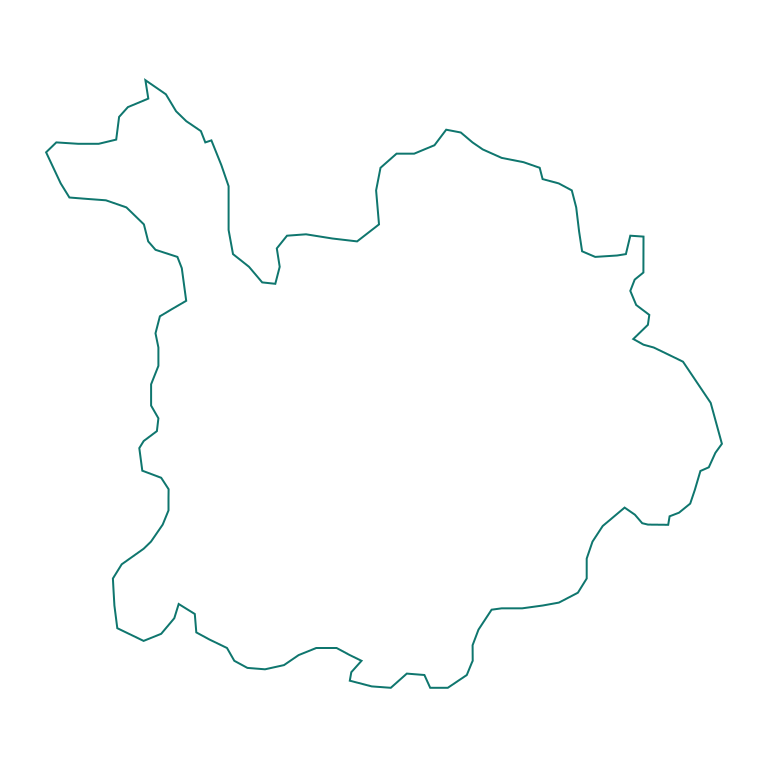 the district of Sangju-si, North Gyeongsang, South Korea
{"feature_id": "91817680B21539665501577", "entity_name": "Sangju-si", "entity_type": "district", "adm_level": 2, "iso_a3": "KOR", "parent_name": "South Korea", "parent_adm1": "North Gyeongsang", "projection": "robinson", "projection_center": [128.043, 36.44], "detail": "fine", "context": "isolated", "style": "outline", "palette": "teal", "viewbox_px": 768, "rotation_deg": 0, "n_neighbors": 0, "source": "geoboundaries", "source_scale": "gbopen_adm2", "svg_char_len": 1976}
<svg xmlns="http://www.w3.org/2000/svg" viewBox="0 0 768 768"><path d="M46.1,152.3L60.7,183.4L69.4,197.5L86.9,198.9L105.9,200.3L126.4,207.4L143.9,224.4L148.2,241.4L155.5,249.8L177.4,256.9L181.8,268.2L186.2,300.8L171.6,309.3L159.9,316.3L155.5,333.3L158.4,347.5L158.4,365.9L151.1,384.3L151.1,405.6L158.4,418.3L156.9,431.1L143.7,441.0L139.3,448.1L142.3,470.7L161.2,477.8L168.6,489.2L168.5,497.7L168.5,510.4L162.7,524.6L151.0,541.6L143.7,548.7L121.7,564.3L112.9,578.5L113.4,588.0L114.4,605.5L117.3,628.2L143.6,640.9L161.2,633.8L174.3,618.2L178.7,604.0L194.8,614.0L196.3,632.4L209.4,639.5L227.0,648.0L234.3,660.8L247.4,667.9L265.0,669.3L284.0,665.1L298.6,655.1L316.2,648.0L336.6,648.0L349.8,655.1L361.5,660.8L351.3,672.2L349.8,680.7L371.7,686.4L390.8,687.8L406.8,673.6L424.4,675.0L430.2,687.8L447.8,687.8L466.8,675.0L471.7,663.0L472.7,660.8L472.6,645.2L478.5,629.6L491.6,609.7L501.9,608.3L522.4,608.3L542.8,605.5L558.9,602.6L577.9,592.7L586.7,578.5L586.7,558.6L592.5,541.6L602.7,526.0L624.6,507.6L634.9,514.7L642.2,523.2L648.0,524.6L668.2,524.8L669.6,516.3L679.0,512.7L690.2,503.6L694.8,490.0L700.4,471.0L708.8,467.3L715.4,452.8L721.9,443.8L710.7,402.9L683.0,361.7L671.3,356.0L653.7,347.5L643.5,344.7L633.3,339.0L647.9,324.8L649.3,314.9L636.2,305.0L630.3,290.9L634.7,279.6L643.4,272.5L643.5,236.6L630.3,235.7L625.9,254.1L617.1,255.5L595.2,256.9L582.1,251.3L579.1,231.5L576.2,207.4L571.8,190.4L558.7,183.4L542.6,179.1L539.7,167.8L523.6,162.2L501.7,157.9L482.7,149.4L472.5,142.4L460.8,132.5L446.2,129.7L434.5,145.2L414.1,153.7L396.5,153.7L380.5,167.8L376.1,190.4L379.0,224.4L357.1,241.4L332.3,238.5L306.0,234.3L287.0,235.7L276.8,248.4L279.7,266.8L275.3,283.8L262.2,282.4L249.0,266.8L233.0,254.1L228.6,230.0L228.6,217.3L228.6,200.3L228.6,186.2L221.3,165.0L211.4,140.4L205.3,142.4L200.9,131.1L186.3,121.2L176.1,111.3L165.9,94.3L145.4,80.2L148.3,98.6L127.9,107.1L119.1,116.9L116.2,139.6L98.7,143.8L78.2,143.8L56.3,142.4L46.1,152.3Z" fill="none" stroke="#0f766e" stroke-width="2"/></svg>